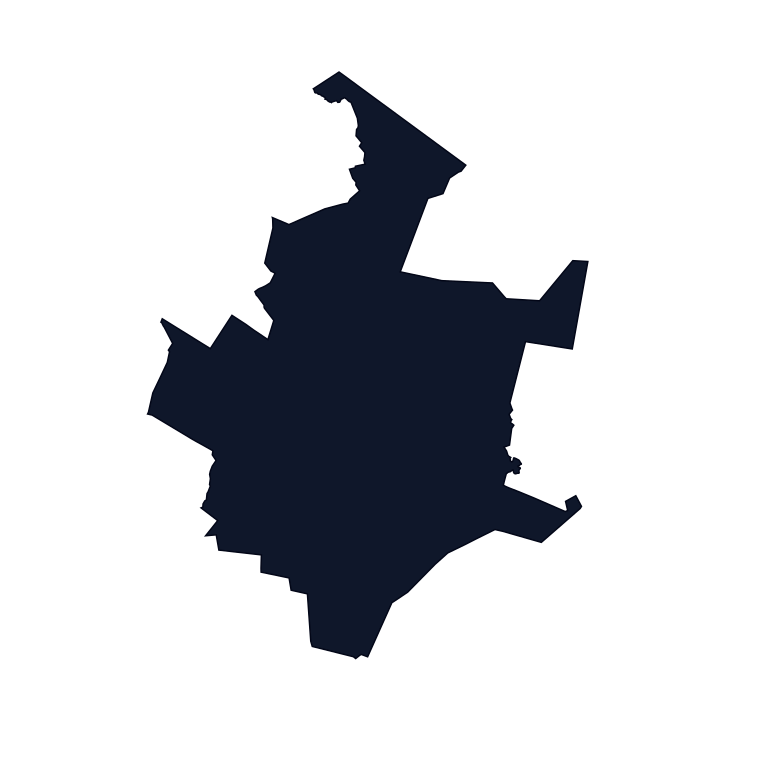 Suaqui Grande, Sonora, Mexico, rotated 293°
{"feature_id": "50627088B38493213969100", "entity_name": "Suaqui Grande", "entity_type": "district", "adm_level": 2, "iso_a3": "MEX", "parent_name": "Mexico", "parent_adm1": "Sonora", "projection": "orthographic", "projection_center": [-109.833, 28.382], "detail": "fine", "context": "isolated", "style": "filled", "palette": "ink", "viewbox_px": 768, "rotation_deg": 293, "n_neighbors": 0, "source": "geoboundaries", "source_scale": "gbopen_adm2", "svg_char_len": 5415}
<svg xmlns="http://www.w3.org/2000/svg" viewBox="0 0 768 768"><g transform="rotate(293 384 384)"><path d="M653.6,220.7L628.1,203.6L627.7,204.4L625.7,206.1L625.3,206.5L625.2,207.2L625.7,208.6L625.5,209.7L625.1,210.1L625.6,212.6L625.0,213.6L624.9,214.7L625.2,215.5L624.8,216.2L624.8,217.4L624.5,218.1L623.9,218.3L623.2,218.3L623.4,219.9L623.0,221.1L622.7,221.5L622.5,222.7L622.3,223.6L622.5,224.5L622.7,224.9L622.5,225.7L623.3,226.0L625.4,228.4L626.3,229.7L625.2,231.4L625.3,231.6L625.4,231.8L625.5,231.9L625.5,232.0L625.6,232.3L625.8,232.5L626.0,232.7L626.1,232.8L626.1,233.0L626.3,233.1L629.4,233.3L629.5,233.4L629.6,233.5L629.8,233.7L629.9,233.8L630.0,234.0L630.3,234.2L630.5,234.4L630.7,234.6L630.8,234.7L631.9,235.5L632.0,235.6L632.1,235.8L632.2,236.0L632.1,236.3L632.0,236.6L631.9,236.8L631.9,237.0L631.8,237.4L631.8,237.6L631.8,237.9L631.8,238.1L631.8,238.3L631.7,238.4L631.5,238.7L631.4,238.8L631.3,239.0L631.2,239.3L631.1,239.5L631.0,239.8L630.9,240.0L630.8,240.3L630.7,240.7L630.5,241.2L630.5,241.4L630.4,241.7L630.4,241.8L630.4,242.2L630.4,242.4L630.4,242.7L630.5,242.8L630.5,243.0L630.6,243.4L618.3,255.6L611.9,259.4L609.8,259.9L607.6,259.3L601.5,261.3L597.4,269.2L593.3,268.5L589.6,276.0L585.6,277.3L582.1,278.0L579.0,280.7L573.3,272.6L571.7,273.0L568.2,268.3L561.1,274.9L558.8,279.5L556.2,280.3L552.3,286.1L541.0,280.7L536.5,280.3L533.6,275.9L522.1,261.1L503.9,243.9L493.6,234.2L493.6,216.2L492.5,217.0L484.2,220.8L448.7,227.0L443.8,235.7L443.7,237.0L443.6,238.8L443.3,240.5L432.8,239.8L431.4,238.9L429.8,237.8L428.8,237.1L427.8,236.4L427.2,235.8L426.6,235.3L426.2,235.0L425.4,234.2L424.6,233.5L424.3,233.1L423.5,232.3L422.3,231.3L422.0,231.1L421.5,230.8L421.2,230.6L420.8,230.4L419.6,229.7L418.6,229.1L417.9,229.8L417.6,230.1L417.3,230.4L417.2,230.5L416.9,230.8L416.6,231.1L416.1,231.6L415.9,231.8L415.8,232.1L415.4,233.2L414.9,234.2L412.3,238.5L409.9,242.7L409.6,242.9L409.2,243.0L408.7,243.2L408.4,243.4L408.1,243.5L407.9,243.6L407.5,243.9L407.3,244.1L407.1,244.3L406.9,244.6L399.5,257.7L395.9,258.1L379.5,259.8L382.8,242.7L384.9,233.6L387.8,217.2L348.7,210.3L357.4,154.4L354.3,154.5L353.8,154.5L353.9,155.1L351.2,158.2L350.4,159.5L338.8,173.6L330.9,172.3L330.3,173.3L330.0,173.8L329.9,174.0L319.2,176.1L303.6,175.5L285.5,174.7L266.0,178.2L264.0,178.1L264.8,182.7L258.3,228.9L257.7,234.0L257.0,241.1L255.7,252.6L251.7,253.6L248.0,259.3L241.2,258.0L238.7,258.1L235.9,258.2L232.7,258.8L229.0,261.2L223.3,262.7L222.2,264.0L216.1,264.2L214.0,263.9L207.9,265.8L206.3,264.7L202.9,264.3L200.6,265.1L200.0,265.4L198.5,264.0L193.3,284.3L174.6,279.1L179.6,288.5L166.6,296.9L178.8,337.9L166.3,342.8L162.8,344.4L168.4,372.4L157.9,379.1L160.9,395.5L118.6,417.1L114.4,420.5L121.0,462.4L120.2,465.2L125.0,467.8L126.2,468.8L126.5,475.5L186.0,476.7L186.9,477.5L201.6,487.1L238.3,501.6L238.7,501.8L253.4,508.7L268.8,522.1L277.3,529.2L293.4,543.0L294.8,550.8L299.3,587.4L299.7,590.7L346.0,613.2L348.5,613.6L356.1,604.2L346.9,597.0L339.3,602.5L337.4,600.7L337.7,566.5L337.5,549.9L337.2,540.2L337.2,536.9L337.3,535.0L337.5,533.4L341.5,532.7L342.9,532.5L349.3,531.6L349.9,532.0L350.1,532.2L350.4,532.3L350.6,532.4L350.9,532.5L351.1,532.7L351.4,532.9L351.7,533.2L351.8,533.4L352.2,534.0L352.4,534.3L352.6,534.5L352.8,534.6L353.1,534.8L353.3,534.9L354.0,535.3L354.6,535.7L354.8,535.8L355.1,536.1L355.3,536.4L355.3,536.5L355.2,536.7L354.9,536.7L354.7,536.8L354.4,537.1L354.1,537.3L353.8,537.5L353.5,537.7L353.3,537.9L353.1,538.2L352.9,538.4L352.6,538.8L352.6,539.1L352.6,539.4L352.6,539.7L352.7,540.0L352.8,540.3L353.2,540.8L353.8,541.5L354.1,542.0L354.3,542.4L354.4,542.7L354.6,543.0L354.8,543.0L355.1,543.1L355.4,543.0L355.6,542.8L356.0,542.6L356.5,542.3L356.7,542.2L357.0,542.1L357.5,542.0L357.8,542.0L358.2,542.0L358.5,542.0L358.8,542.0L359.0,542.2L359.1,542.3L359.2,542.5L359.4,542.5L359.5,542.4L359.9,542.2L360.0,542.1L360.1,541.9L360.2,541.5L360.2,541.3L360.2,541.2L360.1,540.9L360.0,540.7L360.0,540.4L360.1,539.9L360.3,539.6L360.6,539.5L360.9,539.5L361.1,539.6L361.4,539.8L361.6,540.0L361.8,540.3L362.0,540.5L362.4,540.6L362.6,540.6L362.8,540.7L363.0,540.8L363.2,541.0L363.4,541.2L363.5,541.4L363.7,541.6L363.8,541.7L364.0,541.7L364.3,541.5L364.4,541.3L364.4,541.2L364.6,540.9L364.8,540.6L365.0,540.4L365.1,540.2L365.4,539.7L365.6,539.5L365.8,539.2L366.1,538.9L366.2,538.7L366.3,538.5L366.4,538.3L366.5,538.2L366.6,537.9L366.6,537.6L366.7,537.3L366.8,536.4L366.8,536.0L366.8,535.6L366.9,535.1L366.9,534.7L366.9,534.4L366.9,534.2L366.9,533.7L366.9,533.3L366.9,533.1L366.8,532.7L366.7,532.5L366.7,532.4L366.3,532.3L366.1,532.3L365.9,532.4L365.7,532.4L365.2,532.5L364.9,532.6L364.2,532.6L363.8,532.7L363.6,532.7L363.4,532.7L363.2,532.7L362.9,532.6L362.7,532.5L362.6,532.4L362.4,532.3L362.3,532.2L362.2,531.8L362.3,531.7L362.3,531.4L362.4,531.2L362.5,530.8L362.6,530.7L362.6,530.4L362.7,530.2L363.6,530.0L364.3,529.2L364.8,529.2L365.9,529.4L366.0,528.7L366.2,527.2L366.5,526.4L367.0,525.7L370.2,523.0L372.8,519.1L376.8,523.4L393.0,518.9L396.8,519.6L397.0,519.0L397.4,517.7L397.5,516.5L398.0,515.6L399.2,515.4L400.5,515.3L401.1,515.6L401.8,514.1L402.7,513.2L405.0,511.0L410.2,512.5L411.3,511.3L415.7,507.3L478.3,497.7L489.8,543.6L576.4,523.8L571.3,509.6L521.4,494.7L510.2,463.2L511.4,460.5L519.4,444.4L501.7,396.8L493.6,355.1L521.1,354.0L572.0,351.9L582.3,363.9L599.2,363.9L608.0,369.6L610.0,371.8L617.4,373.8L637.3,289.7L647.8,245.3L650.5,234.0L653.6,220.7Z" fill="#0f172a" stroke="#020617" stroke-width="1.5"/></g></svg>